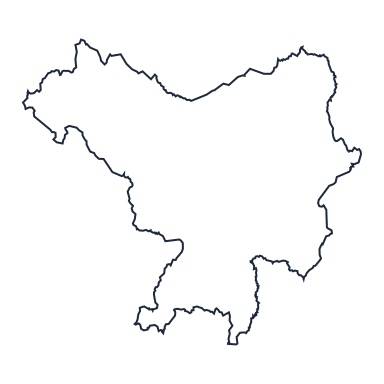 Bolivar, Manabi, Ecuador (Equal Earth projection)
{"feature_id": "8360857B59948244226228", "entity_name": "Bolivar", "entity_type": "district", "adm_level": 2, "iso_a3": "ECU", "parent_name": "Ecuador", "parent_adm1": "Manabi", "projection": "equal_earth", "projection_center": [-80.053, -0.927], "detail": "fine", "context": "isolated", "style": "outline", "palette": "slate", "viewbox_px": 384, "rotation_deg": 0, "n_neighbors": 0, "source": "geoboundaries", "source_scale": "gbopen_adm2", "svg_char_len": 5897}
<svg xmlns="http://www.w3.org/2000/svg" viewBox="0 0 384 384"><path d="M302.5,46.9L301.2,47.5L299.9,49.9L300.1,51.4L299.3,53.4L298.5,53.7L297.3,56.0L292.3,53.4L291.5,54.0L290.9,56.1L289.0,56.4L288.0,58.7L287.0,58.6L285.1,59.8L283.5,59.3L282.6,60.4L282.2,59.7L280.3,60.8L279.0,60.4L278.1,59.2L277.2,65.6L276.2,67.3L274.3,67.8L273.5,71.0L270.8,73.8L263.9,73.8L250.0,68.8L244.4,74.8L244.6,75.8L242.7,75.4L237.8,77.0L228.9,85.0L223.3,83.7L214.2,90.4L212.5,90.7L206.5,94.7L191.1,100.9L189.7,99.8L186.9,100.0L184.9,98.3L183.6,98.4L180.4,96.5L180.1,97.0L178.4,95.6L177.2,95.3L175.7,96.4L173.8,94.3L172.9,94.9L172.8,94.2L170.7,92.8L168.0,93.1L166.5,92.3L165.7,90.1L164.8,90.2L163.5,88.8L163.6,87.0L161.1,85.5L160.2,83.1L158.5,82.8L157.3,81.0L156.3,77.9L156.7,76.5L154.9,74.6L151.0,79.2L142.6,71.4L138.4,73.4L137.1,71.7L132.1,69.3L126.5,63.9L120.7,54.3L111.5,55.9L110.1,54.4L107.1,59.6L106.6,62.5L104.7,64.5L101.1,60.9L100.2,56.9L97.3,50.7L90.1,47.5L87.0,44.1L86.0,44.5L84.4,40.8L81.1,39.6L79.6,43.4L75.4,44.9L76.8,51.7L75.4,59.2L76.2,67.4L73.9,68.9L72.7,72.2L71.3,72.5L68.7,70.9L63.3,70.8L62.4,71.3L60.8,74.7L60.0,75.0L58.6,70.6L56.1,70.1L54.1,71.5L51.6,71.2L50.7,72.5L48.2,73.2L44.7,78.3L42.8,78.9L42.1,82.4L40.3,83.6L40.7,90.1L39.1,91.7L37.1,90.1L33.9,93.2L30.7,93.6L28.8,92.7L28.0,91.2L27.5,93.1L27.9,94.7L27.1,96.1L27.5,98.0L23.0,102.5L25.0,105.9L25.6,109.0L29.1,107.4L32.4,107.6L34.7,110.9L33.7,112.3L34.2,116.4L50.3,129.7L52.0,132.2L54.0,132.1L55.5,132.9L55.7,137.1L53.4,139.5L56.7,142.3L62.6,143.5L63.3,139.9L64.6,138.3L65.0,134.9L67.4,133.2L67.2,131.7L65.7,129.8L65.2,128.0L69.2,125.9L76.7,127.7L79.2,130.4L82.4,132.4L82.6,135.5L85.0,139.8L86.5,141.1L86.6,144.7L90.2,151.6L94.2,153.1L95.3,155.4L98.8,158.8L103.6,159.0L112.4,172.1L121.8,176.1L122.9,175.7L124.0,174.0L123.9,175.6L125.2,177.3L126.9,177.6L127.9,176.9L129.0,178.6L130.3,179.2L130.6,181.7L132.2,183.1L132.6,185.3L132.0,186.5L129.7,187.6L127.7,191.7L129.6,198.8L128.9,200.9L130.5,203.4L133.0,205.8L131.7,208.4L132.5,211.4L135.5,214.1L134.8,219.2L132.9,223.4L133.4,224.8L136.2,226.5L136.9,229.3L137.8,229.0L139.3,230.4L143.2,230.7L146.0,229.9L148.5,231.3L150.7,230.3L150.9,231.5L153.4,232.8L154.8,232.5L155.4,233.5L156.2,232.9L157.1,234.0L158.7,232.6L159.3,234.1L162.9,236.0L165.4,241.2L179.2,239.5L181.0,240.6L182.8,243.0L182.9,248.7L181.8,251.9L176.6,258.1L175.7,260.0L173.0,259.7L170.7,265.4L169.6,264.1L167.2,264.6L166.4,267.0L164.7,268.6L164.2,273.4L159.9,277.3L160.8,280.3L158.8,282.3L158.4,285.4L157.1,287.1L155.8,287.1L154.7,289.1L155.3,290.6L154.0,292.3L154.0,295.0L155.4,302.6L157.6,304.8L156.9,308.2L153.2,309.3L152.7,310.6L152.0,309.1L149.3,309.5L149.0,308.4L148.3,308.8L144.1,306.4L139.8,307.8L140.0,311.1L138.4,314.1L137.5,319.6L136.4,322.3L134.7,324.0L135.7,324.6L138.6,323.4L140.2,324.8L141.2,328.9L143.9,330.4L147.8,329.4L147.7,327.8L149.1,327.6L149.9,325.7L154.8,325.0L157.5,326.7L158.7,331.1L160.8,330.0L161.9,330.4L162.0,331.8L163.2,333.2L164.0,329.4L164.7,328.9L164.7,326.7L166.0,324.2L168.6,324.0L175.0,315.6L175.3,313.1L175.0,311.3L174.0,310.2L174.4,309.4L177.3,308.8L181.3,309.6L184.0,309.0L185.1,309.8L185.1,311.0L187.1,311.4L189.8,313.2L191.3,312.3L191.7,310.3L193.5,310.2L193.5,307.3L197.0,306.5L202.0,308.2L204.6,310.6L206.3,309.9L209.6,310.9L210.5,311.9L212.1,311.7L214.0,313.6L215.5,309.2L216.5,308.4L218.7,310.4L219.6,312.1L221.7,312.4L223.1,315.6L228.9,312.4L229.9,316.0L229.6,320.7L232.4,325.8L229.0,330.4L229.8,333.5L228.5,338.9L229.3,342.5L228.1,342.9L228.0,343.9L236.2,344.4L237.4,343.5L236.6,337.1L240.1,332.7L244.7,332.4L246.1,333.1L247.0,331.6L248.9,330.1L248.8,327.6L249.8,327.5L249.9,325.5L251.2,322.1L251.2,318.3L252.9,318.2L253.1,315.7L254.0,316.8L254.8,315.7L255.3,316.6L255.0,314.6L256.2,314.9L256.0,312.9L257.4,312.4L256.9,311.5L257.7,309.8L257.2,309.1L258.2,308.5L258.1,303.5L258.9,303.0L256.5,300.8L256.9,298.2L256.2,297.5L256.8,296.9L255.5,296.3L255.2,295.2L256.0,294.8L255.7,292.5L257.4,290.9L257.5,288.9L258.4,287.9L257.9,287.1L258.5,285.9L257.3,285.5L257.7,283.8L256.6,283.1L256.6,281.3L255.8,280.7L256.0,277.6L255.6,276.9L256.5,275.9L256.0,272.6L256.5,270.4L255.9,268.2L253.9,269.1L254.2,266.0L252.8,263.3L250.7,262.2L250.6,261.2L252.2,261.2L252.1,260.4L253.5,258.5L255.0,258.3L255.7,256.6L257.4,256.2L259.0,256.8L259.8,255.7L262.2,256.4L263.7,258.7L265.1,258.1L266.4,260.1L271.8,261.4L272.7,263.1L273.2,262.1L277.2,260.9L278.6,261.9L283.0,260.6L285.3,260.9L287.8,262.1L287.0,263.3L289.3,266.7L289.6,267.7L289.0,269.3L290.0,270.5L292.2,270.3L293.0,271.3L294.8,270.6L297.4,271.1L297.8,273.5L299.2,275.2L300.8,275.2L303.1,277.2L303.7,279.1L304.2,276.8L305.8,275.6L306.5,273.4L309.3,270.1L312.8,267.9L313.7,265.9L315.3,265.8L319.9,260.2L321.0,258.4L319.7,254.9L319.5,249.2L320.5,246.6L322.1,243.7L322.7,244.3L323.0,243.7L326.1,236.4L329.2,235.4L330.2,234.1L332.0,233.4L331.5,230.3L327.3,228.0L326.9,227.1L326.3,209.8L323.6,205.3L321.9,206.7L319.3,206.2L318.1,203.1L318.8,199.8L329.2,185.8L333.4,184.2L335.6,182.3L336.8,177.0L349.1,171.8L350.4,170.2L350.3,168.2L350.9,168.4L351.0,166.8L353.3,166.5L351.9,163.8L354.2,164.2L358.6,162.5L360.6,155.6L361.0,153.7L360.6,151.4L359.1,149.1L357.3,150.0L354.3,147.7L352.2,151.2L350.2,150.6L348.9,151.6L347.4,149.9L346.1,145.6L344.8,144.2L343.0,139.7L341.0,138.3L337.2,141.0L336.0,141.1L334.7,140.1L333.3,136.6L332.6,131.8L333.1,128.4L330.1,122.8L329.2,119.1L329.5,117.0L327.8,112.2L326.9,111.6L327.5,109.2L327.3,107.2L327.9,105.8L327.5,102.7L329.4,99.8L330.9,100.5L330.5,97.8L330.9,97.1L332.2,96.7L332.1,95.9L333.2,95.3L334.7,92.5L336.0,92.4L335.2,92.1L334.5,90.5L336.3,87.2L335.3,85.1L336.5,84.2L335.7,83.6L334.1,78.8L334.5,77.1L335.5,77.1L335.4,76.0L333.8,75.1L334.1,73.6L333.4,72.2L331.5,71.6L328.7,64.0L328.5,60.9L327.7,60.4L327.5,58.0L324.5,56.1L323.7,54.7L320.5,56.3L319.9,55.3L318.9,56.3L314.4,54.2L313.6,54.7L311.9,54.0L307.5,54.4L306.5,52.8L305.7,52.8L305.1,51.1L302.1,48.7L302.5,46.9Z" fill="none" stroke="#1e293b" stroke-width="2"/></svg>